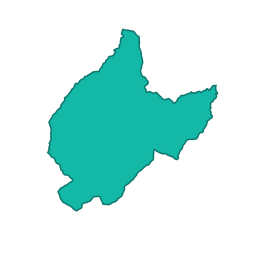 Monte Alegre de Minas, Minas Gerais, Brazil (Albers equal-area conic projection), rotated 107°
{"feature_id": "56859067B97314515422206", "entity_name": "Monte Alegre de Minas", "entity_type": "district", "adm_level": 2, "iso_a3": "BRA", "parent_name": "Brazil", "parent_adm1": "Minas Gerais", "projection": "albers", "projection_center": [-48.909, -18.813], "detail": "fine", "context": "isolated", "style": "filled", "palette": "teal", "viewbox_px": 256, "rotation_deg": 107, "n_neighbors": 0, "source": "geoboundaries", "source_scale": "gbopen_adm2", "svg_char_len": 5774}
<svg xmlns="http://www.w3.org/2000/svg" viewBox="0 0 256 256"><g transform="rotate(107 128 128)"><path d="M62.6,59.0L65.0,60.0L66.0,60.1L66.5,60.6L68.4,61.2L67.3,63.3L67.6,64.2L68.5,64.2L69.5,65.4L70.0,66.3L70.5,66.8L71.3,67.2L72.2,68.0L72.7,69.0L72.0,69.8L72.2,70.8L72.9,71.6L73.1,72.5L73.8,72.9L74.6,72.9L75.0,73.5L74.8,74.4L75.1,75.4L75.8,76.6L75.3,77.4L75.1,78.2L76.1,78.3L76.6,79.2L77.3,79.7L78.1,81.3L78.6,82.0L79.3,82.6L79.9,83.3L81.2,85.3L81.1,86.3L81.8,86.9L82.6,87.0L83.5,87.5L84.2,88.2L84.9,88.7L86.0,89.0L88.0,89.1L88.7,89.5L90.2,90.5L90.8,91.2L90.9,92.2L90.1,92.9L89.2,94.0L88.9,95.8L88.3,96.6L88.0,97.6L88.9,99.3L89.7,100.2L90.1,101.0L90.3,102.0L90.3,102.9L89.9,103.8L88.5,105.7L88.1,107.0L87.4,108.3L85.9,110.8L85.8,111.8L87.4,113.7L87.4,114.9L87.2,115.7L86.9,117.8L87.2,118.6L88.6,120.6L88.2,121.2L86.1,121.9L84.5,124.0L83.3,124.2L82.4,123.7L80.6,122.2L79.0,121.9L78.2,122.2L77.5,122.6L77.0,123.7L76.6,124.3L75.9,124.7L74.6,126.5L74.4,127.5L74.5,128.5L74.2,129.6L73.2,130.3L72.7,131.0L70.6,132.3L69.6,132.8L68.4,132.9L66.3,132.7L63.6,133.3L62.7,133.0L61.0,133.1L57.4,134.8L55.2,136.3L52.7,137.1L52.1,137.7L50.5,138.5L49.7,139.1L47.4,141.1L45.7,141.3L44.0,142.1L42.6,142.0L41.6,142.5L41.0,143.1L40.3,143.1L39.6,143.4L38.8,143.4L38.3,144.1L37.4,144.3L37.0,145.9L36.2,147.8L34.8,149.4L33.9,151.1L34.3,151.9L34.1,152.7L34.1,153.6L34.6,154.7L34.4,156.7L35.0,157.3L34.9,158.1L35.1,159.3L35.2,160.7L35.3,161.9L36.2,161.6L37.3,161.9L38.3,161.7L39.3,161.8L40.1,161.6L41.0,159.4L42.0,159.2L43.3,160.5L43.9,161.0L44.8,160.8L47.5,160.6L49.6,159.9L51.8,160.6L52.8,159.9L53.7,159.8L54.4,160.4L57.1,164.0L58.2,164.0L58.2,162.8L58.9,162.1L60.1,162.4L60.9,162.8L62.0,162.7L63.0,163.4L64.1,164.7L64.8,166.2L65.4,167.0L66.3,167.4L67.4,167.3L68.4,167.6L69.5,168.7L70.4,168.9L71.5,168.7L72.3,169.1L72.8,169.8L73.6,170.5L75.4,170.7L76.7,170.7L77.6,171.1L79.7,171.9L80.7,171.9L81.4,172.0L82.3,172.3L82.7,173.1L84.1,176.9L85.3,178.4L86.3,178.8L86.8,179.6L87.4,180.2L88.5,180.5L88.9,181.6L89.9,181.9L90.6,182.5L91.2,184.2L92.0,184.5L92.9,184.5L93.6,185.0L96.2,187.5L97.8,188.2L99.6,188.4L100.4,188.9L100.3,189.7L100.5,190.6L101.3,191.3L102.3,191.5L104.6,191.5L105.5,191.7L107.5,193.1L108.4,193.3L109.7,193.2L111.1,194.1L113.5,194.7L115.4,195.8L117.4,197.2L118.3,197.4L119.4,196.6L120.6,196.8L121.9,197.4L122.9,197.7L123.8,198.2L124.7,198.4L125.7,198.8L126.9,198.5L128.2,198.4L129.8,199.7L130.9,200.1L131.7,200.7L134.3,201.6L135.1,201.7L136.4,203.0L137.5,203.3L138.4,203.8L140.5,203.7L141.6,204.3L143.7,204.9L144.7,205.0L145.4,205.3L146.4,204.8L147.1,204.2L147.7,203.5L148.5,203.4L149.9,202.0L152.7,200.6L153.8,200.7L154.8,200.2L155.6,200.1L156.4,200.3L157.4,199.5L158.4,199.2L159.4,199.1L161.8,198.2L163.9,198.6L164.6,198.2L165.2,198.8L165.9,198.8L166.4,198.2L167.2,197.7L168.4,197.8L169.3,198.0L170.3,197.6L171.0,197.6L171.3,196.7L172.0,196.8L172.8,197.3L173.5,197.5L174.3,197.2L175.1,197.5L176.1,195.0L177.3,193.6L178.0,192.7L178.2,191.6L178.2,190.4L178.7,189.3L179.4,188.6L180.6,188.0L182.2,186.5L182.7,185.3L182.9,182.6L183.5,182.2L185.0,181.5L185.8,180.8L186.9,180.3L187.6,179.8L188.4,177.8L189.3,177.4L190.1,176.9L190.7,176.1L191.1,175.1L191.3,174.3L191.1,173.4L190.6,172.6L190.6,171.6L190.9,170.6L192.1,169.1L192.6,168.2L193.3,166.3L193.8,165.7L194.6,165.6L195.3,165.9L195.9,166.4L197.4,167.9L198.6,168.6L199.3,169.2L200.1,169.8L201.9,171.9L204.0,173.1L204.7,174.6L206.9,175.2L207.6,175.8L208.5,176.1L209.5,176.2L210.1,175.8L210.6,175.1L211.6,174.5L212.0,173.9L213.5,173.0L214.5,172.5L215.6,171.5L216.3,170.5L217.7,169.0L218.0,168.3L218.3,166.0L219.1,163.4L219.3,161.4L219.9,159.4L220.0,158.6L220.5,157.9L220.9,157.1L221.4,156.4L221.9,155.3L222.1,153.8L222.1,152.6L221.3,152.0L220.5,151.7L220.0,151.0L218.4,149.4L217.7,149.0L216.2,149.1L214.7,149.6L214.0,149.3L213.2,148.8L212.4,148.1L211.9,146.5L211.1,145.6L210.3,144.9L209.5,143.4L208.6,142.6L205.8,141.6L204.6,141.3L203.8,140.5L201.9,136.1L201.8,135.1L202.3,134.4L203.2,133.9L204.8,132.5L206.2,130.9L207.2,130.5L207.9,129.9L208.1,129.0L207.9,128.1L207.5,127.0L207.3,125.4L207.1,124.5L206.6,123.5L205.2,122.0L203.7,120.9L203.2,119.9L202.4,119.0L200.4,117.3L199.5,117.1L198.6,116.8L197.0,115.7L195.4,114.4L194.4,114.0L192.5,113.8L191.3,114.0L189.1,113.5L188.1,113.4L187.1,113.6L185.6,114.3L184.7,114.0L183.8,113.6L180.8,111.1L178.7,109.9L177.9,109.6L176.5,108.7L175.7,108.0L173.8,107.5L172.7,107.0L172.0,106.8L170.5,106.0L168.8,106.1L168.0,105.7L164.8,103.6L164.2,103.0L163.4,102.5L161.1,101.4L159.6,100.2L158.8,100.0L158.3,99.4L157.7,98.3L157.0,97.4L155.9,97.0L154.8,96.9L154.3,96.3L153.3,96.2L152.4,96.0L151.8,95.1L151.0,94.7L150.1,94.7L149.4,94.8L147.9,95.4L147.0,95.5L145.8,95.9L143.4,96.3L142.6,96.7L141.6,96.8L140.8,96.4L141.0,95.3L141.6,94.4L141.8,93.6L142.3,90.7L142.2,89.7L142.5,88.8L142.5,87.4L142.2,86.2L141.7,85.1L141.6,84.1L142.0,83.4L142.4,81.2L142.3,80.0L142.6,78.7L142.7,77.6L142.4,76.7L143.7,74.6L144.0,72.4L143.4,71.5L142.5,71.1L141.4,71.1L140.5,71.8L139.4,72.3L137.8,71.7L136.1,71.8L134.4,71.4L132.2,70.4L131.5,70.2L128.5,70.3L127.6,70.0L126.9,69.5L126.1,69.2L125.3,69.0L123.6,68.7L122.7,68.4L121.7,67.2L120.8,65.9L119.9,62.7L119.3,61.8L119.0,60.7L118.1,59.2L117.2,58.9L115.3,58.6L112.4,58.3L111.6,58.0L111.1,57.2L110.8,56.1L110.5,55.4L109.7,55.2L108.8,55.1L106.7,55.3L105.7,54.8L102.7,54.0L100.7,53.9L98.2,54.2L97.2,53.5L96.4,52.8L95.7,52.5L94.6,51.7L93.9,50.9L93.1,50.7L92.3,50.8L91.6,51.2L91.0,52.3L90.1,53.1L88.9,53.0L86.6,55.0L85.9,55.2L85.1,54.6L84.2,54.6L83.7,55.4L81.7,55.7L80.7,56.2L79.6,56.1L78.5,55.4L77.8,54.5L76.6,54.3L75.6,54.4L75.0,53.9L74.5,53.1L73.6,52.7L71.8,52.6L71.1,52.9L70.0,54.1L69.2,53.6L69.1,52.5L68.2,52.9L67.7,53.6L67.0,54.2L66.3,55.1L65.4,55.5L64.4,55.6L63.7,56.0L62.8,56.4L61.6,56.2L61.9,57.3L62.5,58.2L62.6,59.0Z" fill="#14b8a6" stroke="#0f766e" stroke-width="1.5"/></g></svg>